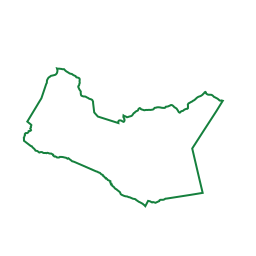 Canudos, Bahia, Brazil (Equal Earth projection), rotated 294°
{"feature_id": "56859067B47198937140500", "entity_name": "Canudos", "entity_type": "district", "adm_level": 2, "iso_a3": "BRA", "parent_name": "Brazil", "parent_adm1": "Bahia", "projection": "equal_earth", "projection_center": [-38.948, -10.003], "detail": "fine", "context": "isolated", "style": "outline", "palette": "green", "viewbox_px": 256, "rotation_deg": 294, "n_neighbors": 0, "source": "geoboundaries", "source_scale": "gbopen_adm2", "svg_char_len": 5011}
<svg xmlns="http://www.w3.org/2000/svg" viewBox="0 0 256 256"><g transform="rotate(294 128 128)"><path d="M153.5,38.9L152.5,39.7L152.0,40.1L151.5,40.3L150.7,40.5L149.8,40.7L149.0,40.7L148.3,40.5L147.6,40.3L146.9,39.8L146.4,39.2L145.7,38.3L145.1,37.5L144.3,36.4L143.6,36.0L142.8,35.7L142.1,35.1L141.6,34.9L141.0,34.8L140.1,34.7L139.3,34.6L138.6,34.7L137.9,34.8L137.3,35.1L136.7,35.3L136.1,35.5L135.4,35.4L134.7,35.4L119.9,36.8L113.8,36.0L112.0,35.8L92.9,33.4L91.7,37.8L91.4,38.5L90.6,38.7L89.8,38.6L89.1,39.1L88.5,39.0L87.8,38.9L87.1,39.8L86.6,40.3L85.9,40.1L85.5,39.7L85.2,39.0L84.7,38.5L84.2,38.7L83.6,38.7L83.1,38.5L82.3,37.9L81.9,36.8L81.3,36.4L80.4,36.2L79.6,36.8L78.5,36.7L77.5,36.9L76.6,36.8L76.0,37.3L75.0,37.7L74.0,38.2L72.0,46.5L72.2,47.5L71.6,48.4L71.2,49.6L70.9,50.6L70.6,51.3L70.2,52.0L69.7,52.7L69.9,53.6L70.1,54.5L69.8,55.8L69.5,56.9L70.0,57.5L70.6,58.2L71.0,59.3L70.8,60.8L71.1,61.7L71.4,62.3L71.7,62.9L71.8,63.7L72.5,64.3L72.7,65.4L72.7,66.1L72.9,67.2L73.4,68.1L73.3,69.3L73.2,70.5L72.5,70.7L72.3,71.4L72.0,72.4L72.5,73.2L72.4,74.2L72.2,75.0L72.6,76.2L73.1,77.1L73.9,77.5L74.2,78.3L74.5,79.0L74.8,79.8L75.1,81.0L75.2,81.8L75.4,82.6L75.6,83.7L75.4,84.6L75.4,85.4L76.1,85.7L76.0,86.6L75.6,87.7L75.4,88.9L75.1,89.8L74.9,90.5L75.1,91.6L75.2,92.6L75.4,116.3L75.6,118.1L75.4,118.9L75.5,119.7L75.6,120.6L75.2,121.5L74.8,122.7L74.9,124.0L74.4,124.5L74.0,125.0L74.0,125.9L73.3,127.0L73.4,128.1L72.8,128.4L73.0,129.3L72.7,130.0L72.3,130.6L72.3,131.7L72.3,132.8L72.2,133.6L71.2,133.8L70.6,134.5L70.5,135.3L69.8,135.2L69.3,135.8L69.4,136.7L68.6,137.5L68.5,138.6L68.2,139.4L67.7,140.2L67.3,141.3L67.3,142.4L66.9,143.5L66.7,144.5L66.4,145.6L66.2,146.5L65.7,147.2L64.9,147.9L64.5,148.7L64.4,149.6L64.4,150.7L64.4,151.9L64.5,152.9L64.7,153.9L65.1,154.9L65.1,155.9L65.1,156.8L65.4,157.7L65.4,158.9L65.4,160.4L65.4,161.3L65.6,162.0L65.9,163.1L65.9,164.0L65.5,164.8L65.4,165.9L65.2,166.8L65.0,167.9L65.0,169.2L64.9,170.5L64.8,171.2L64.8,172.1L64.4,173.2L64.2,174.3L63.9,174.9L63.6,175.6L69.6,176.0L70.0,178.0L69.9,178.9L69.8,180.3L70.5,180.9L70.7,182.1L70.9,183.6L71.9,184.4L72.7,185.2L73.3,185.6L73.9,186.3L74.7,186.2L75.5,186.7L76.0,187.7L76.3,188.4L76.6,189.1L77.1,189.8L77.8,190.4L78.5,190.8L78.9,191.3L79.3,192.1L92.4,212.4L99.1,222.6L103.8,219.0L113.9,211.3L130.8,198.5L135.4,195.0L147.7,196.9L156.1,198.2L177.6,201.6L179.5,201.9L191.4,203.5L191.2,202.2L190.6,201.4L190.4,200.4L190.7,199.7L190.9,199.0L191.2,197.9L191.3,196.4L191.4,195.0L191.4,193.9L192.0,192.4L192.2,191.6L192.2,190.6L191.8,189.5L191.2,188.2L191.0,187.2L191.1,186.2L191.4,185.2L192.2,184.7L192.4,184.0L191.8,183.5L190.7,183.3L189.6,182.8L188.8,182.6L187.9,182.1L186.7,181.3L185.9,180.4L185.2,179.7L184.6,179.2L183.9,178.8L183.2,178.4L182.5,178.2L181.7,177.8L180.7,177.4L180.0,176.9L179.3,176.3L178.5,175.9L177.8,175.4L177.3,174.9L176.7,174.5L176.1,174.1L175.4,173.5L174.9,173.2L174.3,173.2L173.8,173.1L173.1,173.5L172.5,173.8L172.0,174.1L171.4,174.3L170.5,174.7L169.7,174.4L169.3,173.6L168.8,173.1L168.3,172.6L167.8,172.1L167.0,171.7L166.4,171.4L165.9,171.1L165.4,170.3L164.5,169.6L163.8,169.4L163.1,169.1L163.1,168.1L163.5,167.4L163.9,166.9L164.5,166.1L165.0,165.2L165.5,164.5L165.6,163.8L165.8,162.9L165.8,162.0L166.2,161.2L166.5,160.3L166.8,159.3L166.6,158.2L166.1,157.5L165.5,157.2L165.0,156.7L164.5,156.2L163.9,155.7L163.3,154.7L162.7,153.8L161.9,153.8L161.4,153.4L161.0,152.8L160.7,151.9L160.4,151.2L160.1,150.2L159.9,149.1L159.6,148.1L159.1,146.9L158.6,146.0L158.1,145.5L157.7,144.9L157.2,144.1L156.3,143.9L155.4,143.6L155.0,143.2L154.6,142.7L154.1,141.9L153.6,141.1L153.3,140.2L152.8,139.2L152.4,138.5L152.1,137.7L151.6,136.7L151.0,136.0L150.7,135.0L150.7,134.1L150.5,133.1L150.5,132.1L150.9,131.5L151.0,130.7L150.4,130.2L149.8,129.9L149.3,129.9L148.6,129.9L148.0,129.9L147.5,129.5L146.9,128.9L146.2,128.4L145.4,128.0L144.6,127.8L143.9,127.2L142.9,127.0L142.1,126.9L141.4,126.7L140.6,126.4L140.0,125.8L139.5,125.2L138.7,124.2L138.1,123.6L137.4,122.7L137.5,121.9L137.6,120.9L137.4,119.7L137.6,118.8L136.9,119.0L136.0,119.4L135.4,120.3L134.9,120.9L134.4,121.0L134.0,121.6L133.1,121.8L132.3,121.8L131.8,121.4L131.8,120.3L132.0,119.2L132.0,118.5L131.8,117.8L131.5,117.1L130.9,116.6L129.9,116.5L129.1,116.9L128.6,117.2L126.2,95.8L128.5,90.8L136.7,85.9L137.8,85.4L138.8,84.3L139.1,83.7L139.2,82.8L139.0,81.2L139.0,80.1L139.2,79.4L139.2,78.2L139.3,77.3L139.4,76.5L139.2,75.7L138.9,75.0L138.7,74.4L138.6,73.4L138.6,72.3L139.1,71.6L139.7,71.2L140.5,70.7L141.1,70.4L142.0,70.1L142.5,69.5L143.0,68.6L143.6,67.7L144.4,66.9L144.8,66.3L145.4,65.8L146.0,65.6L146.6,65.9L147.6,65.9L148.3,65.6L148.9,65.6L149.5,65.6L150.2,65.2L151.0,64.7L151.7,64.5L152.2,64.3L153.0,64.0L153.5,63.4L153.7,62.7L153.6,61.4L153.3,60.3L153.6,59.7L154.1,59.0L154.1,58.2L154.1,57.4L154.1,56.5L154.3,55.7L154.5,54.9L154.4,54.2L154.2,53.4L154.1,52.4L154.3,51.4L154.5,50.0L154.6,48.8L154.8,48.0L155.0,47.3L155.4,46.4L155.7,45.7L155.3,44.8L155.0,44.1L154.9,43.2L154.6,42.3L154.3,41.3L154.0,40.5L153.6,39.8L153.5,38.9Z" fill="none" stroke="#15803d" stroke-width="2"/></g></svg>